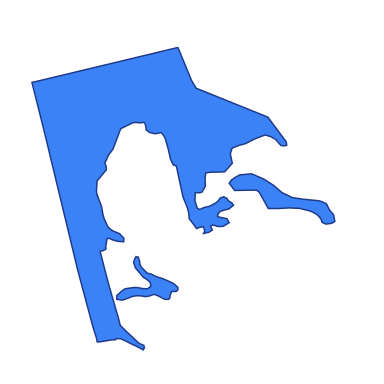 Al-Ganoub, Bur Sa`id, Egypt, rotated 168°
{"feature_id": "37247803B91562573257971", "entity_name": "Al-Ganoub", "entity_type": "district", "adm_level": 2, "iso_a3": "EGY", "parent_name": "Egypt", "parent_adm1": "Bur Sa`id", "projection": "albers", "projection_center": [32.225, 31.141], "detail": "fine", "context": "isolated", "style": "filled", "palette": "blue", "viewbox_px": 384, "rotation_deg": 168, "n_neighbors": 0, "source": "geoboundaries", "source_scale": "gbopen_adm2", "svg_char_len": 3088}
<svg xmlns="http://www.w3.org/2000/svg" viewBox="0 0 384 384"><g transform="rotate(168 192 192)"><path d="M325.8,332.4L324.0,284.2L320.0,138.5L316.9,79.9L316.0,71.0L315.8,68.5L315.8,67.8L315.8,66.8L315.7,65.9L315.8,65.7L316.0,65.5L315.9,65.4L315.6,65.2L315.2,64.8L314.8,64.7L312.7,64.6L308.8,64.4L306.7,64.4L306.3,64.1L305.5,64.1L304.9,64.3L303.3,64.2L301.4,64.0L299.7,63.8L299.7,63.7L299.4,63.6L298.4,63.7L298.2,63.5L297.9,63.5L297.6,63.6L297.2,63.5L297.0,63.8L296.8,64.3L296.5,64.4L292.2,63.2L289.9,61.6L288.0,60.2L287.0,59.3L284.3,57.1L279.5,53.5L278.5,52.7L274.3,49.3L273.3,48.5L273.1,48.0L272.6,47.7L271.0,49.4L271.2,49.5L270.9,51.8L275.3,55.0L279.5,61.1L285.4,69.5L289.9,76.5L290.2,83.7L292.8,120.1L294.2,153.0L291.0,153.2L288.1,154.0L287.6,157.0L284.7,164.2L282.3,163.7L279.6,161.7L275.2,159.3L269.2,157.5L268.2,160.8L271.5,166.3L277.8,170.6L281.4,175.0L283.4,183.8L283.8,188.6L283.5,196.5L285.5,209.9L285.1,213.5L282.5,222.5L275.6,228.0L271.1,231.6L270.7,234.8L271.2,239.0L269.4,240.6L266.5,245.0L260.3,250.5L248.6,268.7L234.8,272.2L227.4,270.2L224.8,270.2L223.7,268.9L223.6,266.1L223.9,262.2L221.1,259.0L215.9,256.6L209.6,256.5L208.0,253.0L207.0,249.6L206.3,238.6L206.2,228.6L204.7,222.5L201.9,220.5L201.9,206.0L201.8,188.8L199.8,177.8L199.6,171.7L200.3,166.5L196.7,158.9L195.1,155.2L192.3,155.9L188.0,155.6L187.6,151.3L189.3,149.0L183.9,149.1L180.0,150.6L180.9,154.6L178.5,155.5L173.7,152.8L168.7,151.9L162.0,154.3L163.4,158.7L169.8,161.4L172.0,162.7L171.2,165.0L169.0,166.8L166.4,167.5L159.3,167.8L154.2,170.4L155.3,173.0L157.9,175.4L159.3,178.6L161.9,180.7L165.5,180.4L168.2,177.9L171.4,176.2L177.9,174.4L183.5,174.3L188.1,173.3L190.2,175.1L190.6,178.5L190.9,182.8L188.9,190.7L184.6,189.6L182.1,189.9L177.6,195.1L176.4,202.7L174.6,207.8L170.4,207.6L165.2,206.6L155.9,204.9L146.6,211.7L146.6,221.4L143.6,226.6L136.4,227.8L129.6,228.2L120.2,230.7L114.5,231.7L108.6,232.6L103.7,229.9L99.6,226.5L95.4,219.1L91.9,217.8L89.6,218.1L89.4,221.5L102.2,249.4L140.6,275.3L166.3,292.6L169.3,301.4L175.0,332.5L175.8,336.3L325.8,332.4ZM146.1,197.5L150.9,195.6L153.8,192.8L149.9,184.6L137.2,182.2L128.5,180.4L126.3,177.9L120.8,160.0L111.6,158.0L100.6,156.3L90.1,153.6L80.5,148.9L77.0,146.3L73.9,143.3L71.5,138.9L71.1,135.3L67.8,132.8L61.9,132.3L58.4,133.5L58.2,140.1L61.3,146.0L63.0,152.6L67.4,155.8L69.8,157.1L85.3,162.0L95.1,165.7L104.2,172.8L111.1,181.8L119.2,189.8L129.9,197.4L141.7,198.8L146.1,197.5ZM245.6,96.6L240.9,92.6L237.1,91.9L235.5,93.2L235.3,94.8L234.0,96.8L232.4,98.9L228.3,98.0L226.2,99.1L225.6,101.7L228.7,105.9L232.0,108.6L237.5,112.6L240.3,114.3L244.8,116.7L248.4,119.8L252.8,122.1L255.6,126.6L257.5,129.6L257.9,132.3L257.7,134.7L257.9,137.7L258.0,139.3L260.2,140.5L262.0,138.4L263.8,135.2L263.0,129.2L260.4,124.5L257.3,118.6L254.0,115.5L252.1,112.8L251.5,110.7L252.1,108.2L255.7,106.6L260.4,107.8L264.7,109.7L268.1,110.6L274.6,111.1L277.7,111.2L281.0,109.9L285.2,107.4L287.1,106.3L287.9,102.7L282.7,100.7L276.8,101.4L272.4,102.2L268.1,102.1L263.5,101.0L259.1,99.3L255.6,99.1L251.3,99.7L249.5,99.4L245.6,96.6Z" fill="#3b82f6" stroke="#1e3a8a" stroke-width="1.5"/></g></svg>